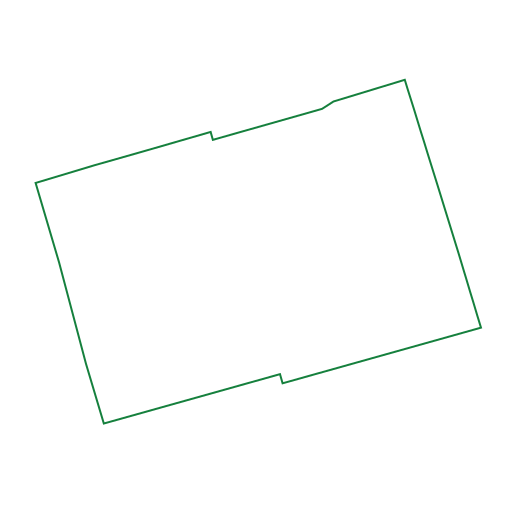 Howell, Missouri, United States of America, rotated 253°
{"feature_id": "52423323B11820263063705", "entity_name": "Howell", "entity_type": "district", "adm_level": 2, "iso_a3": "USA", "parent_name": "United States of America", "parent_adm1": "Missouri", "projection": "robinson", "projection_center": [-91.877, 36.777], "detail": "fine", "context": "isolated", "style": "outline", "palette": "green", "viewbox_px": 512, "rotation_deg": 253, "n_neighbors": 0, "source": "geoboundaries", "source_scale": "gbopen_adm2", "svg_char_len": 557}
<svg xmlns="http://www.w3.org/2000/svg" viewBox="0 0 512 512"><g transform="rotate(253 256 256)"><path d="M140.3,61.5L136.0,244.4L126.5,244.2L121.7,450.2L134.4,450.2L148.0,450.3L158.3,450.3L159.1,450.3L174.7,450.4L180.1,450.4L197.9,450.5L199.6,450.5L268.9,450.3L269.8,450.3L303.6,450.1L305.9,450.1L307.4,450.1L315.9,450.1L326.7,450.0L349.5,450.0L372.1,449.8L373.0,449.8L381.0,449.8L381.1,375.3L377.4,362.2L379.7,248.7L387.9,248.9L389.0,178.3L390.0,128.2L390.3,66.6L307.3,65.8L202.7,61.9L140.3,61.5Z" fill="none" stroke="#15803d" stroke-width="2"/></g></svg>